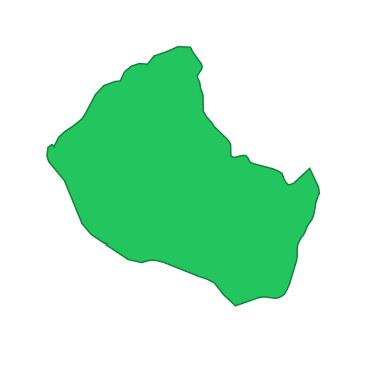 outline of Cabañas, rotated 225°
{"feature_id": "SLV-1344", "entity_name": "Cabañas", "entity_type": "Department", "adm_level": 1, "iso_a3": "SLV", "parent_name": "El Salvador", "parent_adm1": "", "projection": "equal_earth", "projection_center": [-88.722, 13.882], "detail": "fine", "context": "isolated", "style": "filled", "palette": "green", "viewbox_px": 384, "rotation_deg": 225, "n_neighbors": 0, "source": "natural_earth", "source_scale": "10m", "svg_char_len": 1515}
<svg xmlns="http://www.w3.org/2000/svg" viewBox="0 0 384 384"><g transform="rotate(225 192 192)"><path d="M215.3,93.9L215.3,95.3L218.7,93.6L233.1,90.7L247.4,91.9L290.1,109.8L314.9,112.2L320.4,115.2L325.4,121.7L325.0,124.1L324.8,125.9L324.5,126.3L324.0,126.8L323.8,126.8L321.5,126.4L322.2,128.2L325.0,136.5L324.6,145.3L322.7,154.5L321.5,165.7L323.1,172.9L329.2,192.8L329.6,204.9L324.6,215.6L323.6,216.9L321.2,219.8L324.7,229.2L323.9,238.2L319.9,245.8L313.8,250.9L315.0,261.4L309.8,271.9L304.6,285.0L295.5,293.3L290.2,291.5L276.0,289.2L273.9,288.2L272.8,287.0L272.1,285.3L271.6,283.5L270.9,279.4L270.1,277.6L268.5,276.6L264.6,275.2L263.3,274.4L259.5,271.5L253.5,268.7L252.2,267.8L241.8,257.7L240.5,256.9L234.3,255.4L226.6,254.9L222.9,254.0L204.9,254.2L200.9,253.8L198.2,252.8L190.1,245.1L188.2,245.4L186.2,246.7L183.4,251.6L181.6,254.2L179.6,255.9L176.3,255.5L172.2,254.2L168.5,255.5L151.0,265.7L145.5,267.9L141.7,268.8L135.8,266.2L132.5,265.2L128.9,265.0L127.3,267.8L126.3,270.1L125.5,291.9L106.0,284.9L100.9,281.1L100.4,279.2L96.8,271.9L91.3,264.3L89.0,260.3L87.7,256.9L86.9,252.0L86.2,249.1L83.4,242.6L82.7,239.4L82.3,236.0L80.3,230.1L77.5,226.1L72.9,222.0L69.4,217.1L58.5,196.8L55.8,190.3L54.4,185.4L54.7,183.2L55.1,181.1L55.7,179.3L56.5,177.7L57.4,176.4L58.6,175.2L66.1,169.5L68.2,167.2L70.1,164.5L71.8,161.2L72.5,159.5L80.8,142.3L97.4,141.7L112.1,143.5L119.8,141.0L128.3,136.8L163.0,121.9L169.7,117.8L173.5,114.0L177.7,106.5L189.4,99.1L215.3,93.9Z" fill="#22c55e" stroke="#15803d" stroke-width="1.5"/></g></svg>